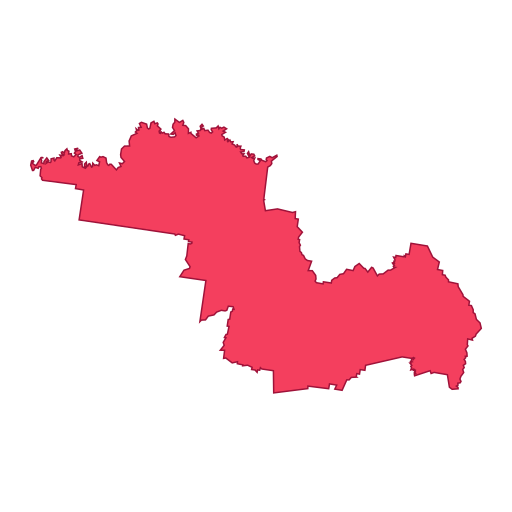 outline of Indigo, Victoria, Australia
{"feature_id": "25037944B29539471298626", "entity_name": "Indigo", "entity_type": "district", "adm_level": 2, "iso_a3": "AUS", "parent_name": "Australia", "parent_adm1": "Victoria", "projection": "orthographic", "projection_center": [146.626, -36.209], "detail": "fine", "context": "isolated", "style": "filled", "palette": "rose", "viewbox_px": 512, "rotation_deg": 0, "n_neighbors": 0, "source": "geoboundaries", "source_scale": "gbopen_adm2", "svg_char_len": 6031}
<svg xmlns="http://www.w3.org/2000/svg" viewBox="0 0 512 512"><path d="M31.6,161.0L30.7,165.2L32.5,170.5L33.6,170.4L35.3,167.3L38.2,168.3L38.8,166.8L40.8,166.6L41.4,168.4L40.7,169.3L40.1,175.8L41.9,177.6L41.5,178.9L42.6,180.3L76.2,184.6L75.5,188.6L83.6,190.0L79.1,219.9L174.8,234.0L175.4,235.3L178.4,234.1L184.6,235.7L184.0,239.0L188.8,239.8L188.5,241.5L192.0,242.1L191.8,243.3L190.3,244.0L188.2,243.6L186.8,255.9L185.4,259.5L190.1,266.7L189.5,268.4L184.0,270.2L179.8,276.7L205.9,280.5L199.9,321.6L201.4,320.1L205.5,319.9L208.3,316.1L214.0,314.9L216.6,312.1L221.3,310.3L225.1,310.9L226.8,310.3L228.3,306.2L233.1,306.7L234.0,309.3L232.7,309.1L232.4,311.2L230.8,312.0L229.7,319.2L228.2,319.5L227.2,326.1L229.0,326.4L227.4,334.2L226.0,334.5L224.4,337.5L225.9,337.8L223.2,342.4L224.2,345.3L220.3,350.2L224.6,350.3L223.6,358.4L225.8,358.0L232.2,362.9L237.5,361.7L237.3,363.7L242.9,364.9L242.7,365.8L247.6,365.2L252.1,367.3L251.6,369.5L255.0,370.0L257.1,372.3L257.6,369.9L259.7,370.2L260.4,367.7L261.8,369.0L273.4,370.7L273.7,392.9L307.8,388.6L307.9,386.1L328.7,388.7L329.5,383.9L336.7,385.1L334.8,389.1L342.1,390.3L346.8,379.8L349.1,379.9L351.3,377.4L356.7,377.1L356.2,376.7L356.8,373.6L359.5,374.1L360.2,369.6L364.9,370.3L365.6,365.3L402.1,356.9L411.2,358.3L413.8,357.7L414.5,358.1L413.5,359.2L413.3,357.9L411.5,359.6L411.7,360.6L410.9,361.1L412.0,361.8L410.5,362.2L410.9,363.4L410.1,363.3L411.8,365.4L410.8,366.4L411.6,367.7L410.8,369.9L413.3,369.1L414.2,369.4L413.6,370.3L415.2,370.3L414.8,371.3L415.4,371.2L415.4,372.0L414.5,372.7L415.5,373.6L414.3,373.9L414.6,375.8L430.1,370.7L431.1,373.5L434.1,372.4L447.4,374.7L449.4,387.2L452.1,389.3L458.1,388.8L458.0,387.4L456.4,386.1L458.0,385.2L457.8,383.2L460.2,382.8L461.0,381.4L459.9,379.1L460.9,376.3L463.7,372.5L462.7,369.5L464.2,367.6L463.3,365.3L465.6,363.7L465.4,361.4L464.1,359.4L465.7,357.7L465.3,356.3L467.1,356.2L466.9,352.8L465.4,349.2L468.0,345.9L467.3,344.7L467.7,338.9L472.5,340.1L472.0,338.3L475.4,336.2L476.1,334.1L481.3,328.4L480.0,322.9L476.4,319.4L475.0,313.8L473.2,312.6L473.2,309.7L471.4,305.6L468.8,305.2L469.5,301.3L463.2,296.4L462.9,294.6L458.2,286.7L457.9,283.8L448.5,281.8L448.5,279.9L445.9,277.2L445.1,275.2L442.4,274.7L442.7,270.5L437.5,269.5L439.3,262.0L432.7,257.1L427.4,246.0L411.0,243.3L409.1,254.4L405.9,253.9L405.4,256.7L404.2,255.7L404.0,256.8L396.0,255.5L395.7,257.5L393.6,257.1L395.0,259.9L394.6,261.6L393.9,261.4L394.1,262.6L393.0,262.8L394.0,263.5L392.9,263.8L394.4,265.3L393.3,266.3L393.8,267.2L395.3,267.4L390.4,270.2L388.1,270.1L383.2,273.9L379.2,274.1L377.4,275.9L373.1,268.0L371.6,267.3L367.8,272.1L365.1,268.5L363.8,268.3L359.2,263.5L354.9,266.5L353.1,270.6L346.6,269.3L343.5,273.7L339.8,274.4L337.1,277.7L334.7,278.0L331.7,280.3L331.3,283.0L323.4,281.8L323.1,283.9L316.4,282.7L315.1,281.1L316.0,279.0L315.7,275.4L312.3,270.7L308.2,270.6L311.6,261.2L307.5,260.5L305.2,258.9L303.5,255.4L302.0,254.7L301.4,252.6L299.9,251.3L299.5,246.6L300.4,245.2L299.1,242.7L299.6,239.6L298.2,239.3L298.6,237.1L302.4,232.2L297.2,226.7L298.3,219.1L295.2,218.6L295.5,211.7L292.5,212.5L277.5,208.9L265.4,210.7L263.6,200.1L264.5,199.7L263.8,199.1L267.7,167.1L270.3,165.6L271.8,163.6L271.4,161.1L277.1,156.5L276.8,155.2L272.2,157.7L269.8,156.4L266.5,158.0L266.2,159.6L267.0,160.6L265.7,161.7L261.9,160.3L261.0,159.0L258.0,158.6L258.0,159.5L260.4,160.7L258.0,164.1L256.3,164.1L254.7,163.1L253.7,160.7L254.8,158.0L252.8,158.4L251.7,157.6L254.7,155.9L253.8,154.2L251.2,153.9L249.9,156.1L248.6,151.7L247.4,153.4L249.4,157.2L246.9,157.9L245.7,156.2L243.1,156.3L242.8,155.4L244.0,153.8L241.8,153.8L240.6,152.0L244.0,151.6L244.3,149.9L240.6,149.5L240.2,148.0L240.9,146.2L238.1,146.1L237.0,144.2L237.2,146.7L236.2,147.1L234.5,145.0L232.1,143.9L233.1,141.7L230.8,141.9L229.9,140.0L227.9,141.7L227.4,141.0L228.2,139.5L227.2,138.5L224.7,140.0L224.2,137.1L222.1,135.8L221.8,134.5L225.5,132.3L223.1,131.1L226.6,128.8L223.9,127.1L221.7,128.2L220.0,127.3L218.9,128.8L218.1,126.0L216.2,127.9L211.4,128.3L211.2,129.7L212.6,131.9L211.3,133.1L209.6,132.5L208.0,130.2L204.8,130.6L203.8,128.4L201.7,129.3L201.8,127.0L203.3,126.0L202.0,124.3L200.2,126.2L201.0,128.6L200.2,130.5L197.1,130.9L198.5,133.2L196.4,134.1L196.5,135.2L198.6,135.1L198.9,136.0L196.1,137.8L191.0,133.5L190.9,132.3L188.4,133.4L188.5,128.8L185.7,125.6L182.8,125.3L183.8,122.4L182.8,120.4L179.4,122.4L174.9,119.1L174.8,122.2L173.1,124.2L172.5,127.4L174.5,130.6L170.8,134.0L173.3,134.4L175.1,132.8L176.0,135.6L174.6,136.9L170.9,137.3L169.0,136.5L168.5,134.0L165.1,133.8L164.0,132.3L162.3,133.1L160.9,131.6L160.5,133.4L159.5,133.1L159.1,131.1L160.9,129.1L157.4,125.9L158.0,123.9L157.3,122.9L154.8,123.7L153.9,121.3L151.0,122.9L149.9,128.2L148.7,129.0L147.4,128.0L146.6,124.1L141.4,122.3L139.4,123.5L141.1,127.3L138.5,127.5L138.9,130.1L138.0,130.3L136.2,128.8L136.7,130.7L135.4,132.0L137.0,133.3L131.3,135.9L129.1,141.0L129.6,146.0L124.5,146.1L121.5,149.0L120.6,154.7L121.0,157.4L124.5,161.5L122.3,163.7L119.5,163.0L121.0,166.5L118.2,167.5L116.4,169.9L111.3,164.3L109.8,164.2L108.8,165.4L107.8,164.8L106.6,162.7L106.0,158.1L103.0,156.6L100.9,157.2L99.7,156.6L96.9,160.5L99.6,161.8L98.7,165.7L96.3,164.8L94.8,165.4L92.8,163.2L92.5,166.6L91.6,167.1L89.7,163.6L88.6,164.1L88.0,165.8L86.6,165.2L86.3,162.2L84.6,163.9L84.5,166.6L86.8,166.7L85.4,168.3L82.3,166.8L82.0,163.5L78.3,164.9L78.8,162.8L82.0,161.8L79.8,160.5L79.7,158.8L82.8,158.3L82.1,155.7L79.4,157.3L77.9,156.5L78.1,154.8L81.9,153.2L79.7,150.0L76.4,150.9L76.3,149.6L78.2,148.2L74.7,149.0L75.5,151.6L74.4,153.1L76.1,154.5L73.8,156.8L71.5,155.9L71.3,153.7L68.6,154.0L68.9,151.2L67.4,150.4L66.9,148.8L65.0,150.6L64.3,153.0L62.7,151.7L61.3,152.3L61.7,153.7L64.1,154.9L63.2,155.7L59.9,155.1L61.1,157.2L60.7,157.9L56.8,157.7L54.8,160.9L54.0,160.1L54.0,158.1L51.1,158.8L51.0,161.8L50.4,162.5L48.1,162.0L46.1,163.4L46.4,161.6L48.7,160.5L46.8,157.9L44.0,161.5L43.9,163.7L41.3,162.8L41.7,160.4L40.8,158.7L41.5,157.8L43.4,157.9L42.0,157.4L41.0,157.6L36.4,165.1L35.0,165.3L32.1,163.1L33.7,161.7L33.2,160.6L31.6,161.0Z" fill="#f43f5e" stroke="#9f1239" stroke-width="1.5"/></svg>